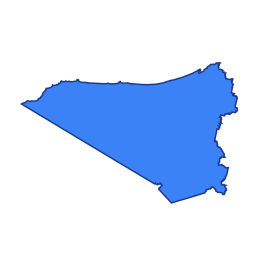 the district of East Gippsland, Victoria, Australia, rotated 184°
{"feature_id": "25037944B19226887893594", "entity_name": "East Gippsland", "entity_type": "district", "adm_level": 2, "iso_a3": "AUS", "parent_name": "Australia", "parent_adm1": "Victoria", "projection": "orthographic", "projection_center": [148.347, -37.346], "detail": "fine", "context": "isolated", "style": "filled", "palette": "blue", "viewbox_px": 256, "rotation_deg": 184, "n_neighbors": 0, "source": "geoboundaries", "source_scale": "gbopen_adm2", "svg_char_len": 5571}
<svg xmlns="http://www.w3.org/2000/svg" viewBox="0 0 256 256"><g transform="rotate(184 128 128)"><path d="M188.1,120.1L144.9,98.1L97.8,74.2L97.1,74.9L96.8,75.0L96.6,74.2L95.7,73.8L95.4,74.0L95.4,73.8L94.9,73.9L94.8,73.6L94.4,73.9L94.2,73.8L94.0,74.1L92.5,74.2L92.4,74.7L92.1,74.6L91.9,75.1L91.4,74.6L91.1,74.6L91.0,74.4L90.7,73.6L90.4,73.7L90.2,73.3L90.7,73.4L90.7,72.6L91.4,71.4L92.1,71.1L92.4,70.6L91.9,70.6L92.0,70.3L92.6,69.9L92.6,69.7L92.9,69.8L92.8,69.2L93.0,69.0L79.4,56.3L46.7,68.7L46.7,69.2L46.2,70.2L45.5,70.6L45.8,71.1L45.7,71.8L45.1,72.2L44.5,72.1L43.5,72.5L43.1,73.0L42.3,72.9L41.2,73.2L41.0,74.2L40.6,74.3L40.6,75.0L40.2,75.1L38.7,74.9L38.0,74.4L37.9,73.9L37.7,73.9L37.2,73.2L36.6,73.3L36.1,72.7L36.3,71.8L36.2,71.5L35.2,70.8L34.6,70.7L34.0,70.1L31.0,70.1L30.3,69.9L29.8,70.0L29.3,69.8L29.0,69.2L29.0,68.5L28.6,68.3L27.5,68.5L26.9,69.2L26.8,70.4L27.2,70.8L27.0,71.7L26.7,71.9L26.2,71.8L26.0,72.4L25.3,73.0L25.8,74.3L27.3,76.1L27.2,77.2L26.5,77.6L27.4,77.7L28.0,78.1L28.4,77.7L29.0,78.0L29.5,77.8L30.4,77.9L30.8,78.7L30.7,79.3L31.2,79.9L31.0,80.5L31.1,81.0L30.8,81.4L30.1,81.3L29.8,81.5L29.7,81.9L29.2,82.2L29.6,82.8L29.5,83.0L29.2,83.2L28.4,83.1L28.4,83.8L27.9,83.8L27.9,84.1L27.1,85.3L27.4,86.4L27.0,87.0L26.5,87.3L25.2,95.2L25.5,95.1L25.6,95.4L25.9,95.4L26.5,95.4L26.8,95.0L27.5,95.2L28.6,95.8L29.1,96.4L30.9,97.4L31.3,97.4L31.3,97.6L31.9,97.6L32.0,98.0L32.4,97.7L33.0,97.8L33.6,97.4L35.0,97.5L34.9,97.9L35.1,98.3L34.9,98.5L35.3,98.9L34.7,99.3L35.0,99.2L35.1,99.6L34.3,100.2L34.4,102.4L34.6,102.5L34.3,103.4L34.4,104.1L33.6,104.5L33.2,104.4L33.0,105.0L32.8,105.6L29.4,105.6L30.1,106.4L30.0,106.7L30.3,107.0L30.4,107.5L30.1,108.3L30.7,109.1L30.6,109.4L31.6,110.2L31.8,111.1L32.8,112.1L33.0,113.0L33.6,113.8L34.7,114.2L34.8,115.1L36.2,115.2L36.9,115.9L38.0,115.9L37.8,116.0L37.9,116.7L37.4,117.4L38.0,118.7L38.0,119.1L38.3,119.3L38.4,120.3L38.3,120.5L39.2,121.1L40.0,120.4L40.6,120.7L40.8,121.3L40.3,122.1L40.6,122.3L39.1,133.3L37.6,133.0L37.4,133.7L37.2,133.8L37.0,134.4L36.7,134.5L36.6,134.8L36.8,134.9L36.8,135.4L37.2,135.4L37.6,135.9L37.1,135.8L37.0,136.1L37.1,136.4L36.8,136.4L36.9,136.7L36.4,136.6L36.2,137.2L36.6,138.0L36.5,137.9L36.6,138.2L36.1,138.3L36.2,138.6L36.7,138.9L36.0,138.9L36.2,139.2L35.6,139.3L35.9,139.4L35.9,139.7L35.5,139.6L35.8,139.9L35.8,140.5L36.2,141.0L35.8,141.1L35.8,141.5L35.5,141.5L35.6,141.9L35.7,142.0L35.8,142.8L35.5,143.0L35.8,143.2L35.7,143.7L36.1,143.4L36.2,143.9L36.0,144.0L36.4,144.3L36.2,144.7L36.4,144.7L36.4,145.4L36.8,145.3L36.6,145.5L36.8,145.7L36.7,146.3L36.4,146.2L36.6,146.9L36.2,147.0L36.5,147.3L36.3,147.5L32.5,146.9L32.3,148.4L31.6,148.5L30.9,149.3L30.3,148.9L30.0,149.3L29.3,149.1L29.0,148.8L28.6,149.5L28.3,148.9L27.5,148.9L27.6,149.3L27.5,149.6L27.0,149.3L26.7,149.4L26.0,150.0L25.7,150.8L24.7,150.8L24.1,151.3L23.0,151.0L22.7,150.7L21.5,151.3L21.6,152.3L20.9,152.3L20.9,152.6L20.4,152.7L20.4,153.5L20.1,153.8L20.2,154.2L20.1,154.7L20.7,155.8L21.2,155.9L22.0,155.6L22.7,156.4L21.3,164.7L21.0,165.0L21.0,165.5L22.1,166.0L22.2,166.8L22.5,167.0L21.8,167.2L22.0,167.4L23.2,167.3L23.5,167.7L23.9,167.4L24.6,167.6L24.9,167.4L25.5,168.1L25.9,168.0L25.9,168.4L25.5,168.4L24.3,169.5L23.7,169.7L27.4,170.2L26.7,175.4L27.0,175.5L27.0,175.9L26.6,176.0L26.8,176.8L26.3,177.8L26.7,178.2L26.2,178.7L26.7,179.0L26.5,179.4L26.7,179.8L27.1,179.8L27.0,180.5L27.2,180.1L27.6,180.3L27.8,180.0L27.4,181.3L27.9,181.7L27.3,181.9L27.2,182.3L27.7,182.4L27.9,182.1L28.0,182.8L27.5,182.7L27.3,183.0L27.7,183.0L27.7,182.9L27.9,183.2L27.4,183.4L27.4,183.7L26.9,184.0L27.0,184.4L27.7,184.4L30.0,183.5L33.8,184.1L33.8,184.6L34.2,184.8L34.0,185.5L34.5,185.8L34.7,186.9L35.0,187.1L34.9,187.6L34.6,187.9L34.8,188.1L34.6,188.4L34.9,188.9L34.7,189.2L35.0,189.1L35.4,189.7L35.4,190.2L35.9,190.5L36.9,190.0L37.5,190.3L37.6,190.7L37.3,190.9L37.5,191.3L37.3,192.2L37.5,192.4L38.6,192.5L39.7,193.0L41.2,192.8L41.7,193.3L42.0,194.4L41.6,194.8L41.6,195.1L42.0,195.5L42.1,196.2L42.1,196.5L41.6,196.9L42.2,197.3L41.4,197.7L41.3,198.3L41.5,198.8L41.4,198.9L41.5,198.8L41.6,199.0L40.6,199.3L41.2,199.7L42.2,199.1L42.8,199.1L43.5,198.7L43.8,199.1L44.6,199.1L45.3,197.9L46.5,197.2L47.1,197.7L47.9,197.5L48.5,197.2L50.0,197.2L51.3,195.6L53.1,194.4L53.2,193.1L54.0,193.1L55.1,192.1L56.1,191.5L56.2,190.3L56.9,189.6L58.5,188.9L58.7,188.6L59.2,188.6L60.8,187.4L61.4,188.3L61.6,188.9L61.2,189.4L59.8,190.1L59.9,190.4L59.7,191.2L60.3,191.7L63.8,189.3L68.1,186.7L79.1,181.5L81.3,181.0L83.2,180.1L86.9,178.8L88.3,178.6L96.6,175.3L103.2,173.6L111.3,172.6L118.4,172.3L127.8,172.4L130.1,172.6L131.3,173.0L133.1,172.6L136.1,172.4L138.2,172.7L138.9,173.1L138.9,173.6L139.1,173.8L139.6,173.0L140.3,172.9L140.2,172.3L140.7,172.0L145.3,171.0L149.3,170.8L151.1,171.3L152.4,170.8L154.4,170.5L169.6,170.2L174.3,170.5L176.6,170.3L179.1,170.6L180.6,171.5L180.8,171.8L180.6,172.4L181.3,172.9L181.7,172.3L182.1,172.4L182.0,171.9L182.7,171.3L186.4,170.3L188.4,170.2L189.9,170.5L191.8,170.0L193.4,170.5L194.0,169.9L195.8,169.7L196.7,169.8L197.5,170.3L198.4,169.6L198.6,168.5L198.4,168.4L198.5,168.2L199.2,167.7L200.0,167.8L200.2,167.4L200.1,167.2L200.7,166.6L201.6,166.2L201.9,166.4L202.2,165.9L203.9,165.4L205.5,165.3L206.2,165.7L206.3,165.5L206.6,164.2L207.8,163.1L210.2,162.2L212.5,161.7L212.6,160.6L212.9,160.3L212.9,159.7L214.8,157.7L215.8,155.3L215.6,155.0L215.8,154.6L216.5,153.5L216.9,153.4L216.8,153.0L217.2,152.6L217.4,152.0L219.5,150.9L219.1,150.2L220.3,149.4L221.8,148.6L223.7,148.2L225.7,148.3L227.9,147.8L230.4,148.1L231.9,146.5L234.4,145.4L235.0,145.7L234.8,145.5L235.0,145.1L235.9,144.5L188.1,120.1Z" fill="#3b82f6" stroke="#1e3a8a" stroke-width="1.5"/></g></svg>